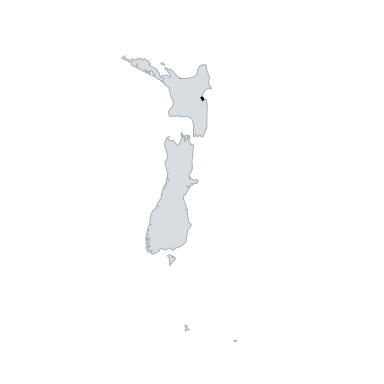 Napier City, Hawke's Bay, New Zealand (highlighted), rotated 330°
{"feature_id": "76426892B22916001519888", "entity_name": "Napier City", "entity_type": "district", "adm_level": 2, "iso_a3": "NZL", "parent_name": "New Zealand", "parent_adm1": "Hawke's Bay", "projection": "mercator", "projection_center": [176.876, -39.479], "detail": "fine", "context": "in_parent", "style": "filled", "palette": "ink", "viewbox_px": 384, "rotation_deg": 330, "n_neighbors": 0, "source": "geoboundaries", "source_scale": "gbopen_adm2", "svg_char_len": 4437}
<svg xmlns="http://www.w3.org/2000/svg" viewBox="0 0 384 384"><g transform="rotate(330 192 192)"><path d="M202.8,144.5L204.2,144.6L210.2,139.9L212.8,138.9L213.4,138.8L212.1,140.2L212.4,141.2L211.0,144.4L212.2,143.9L212.9,141.7L213.7,141.2L213.4,140.0L217.0,140.4L215.8,142.6L213.8,143.9L215.0,144.0L217.8,141.7L217.8,143.1L214.2,146.9L215.3,149.0L214.4,150.8L215.4,150.6L216.8,151.9L216.0,153.7L212.0,158.2L211.5,160.4L207.9,164.4L204.1,171.9L196.9,176.8L198.2,178.1L195.8,179.9L197.8,179.6L199.1,182.5L202.3,183.4L202.5,186.2L200.5,187.0L198.4,185.7L195.5,186.2L196.4,185.0L195.2,184.3L193.0,186.6L189.9,183.8L191.6,187.1L185.4,190.7L182.8,191.1L181.9,193.0L180.4,193.2L181.2,193.8L179.2,204.1L177.5,204.1L179.1,205.2L178.8,206.2L176.8,209.2L173.9,217.2L175.0,219.1L174.8,220.4L169.5,222.5L161.8,232.2L154.7,233.6L150.8,232.5L146.2,233.1L145.4,230.4L143.9,228.9L139.7,229.0L137.8,226.0L136.1,225.2L134.0,226.8L127.6,226.5L126.4,226.1L126.2,225.0L128.6,221.9L126.4,223.6L125.4,223.4L126.4,222.0L126.3,220.7L123.6,222.0L123.8,219.4L129.7,217.7L127.4,217.5L127.2,216.6L129.5,214.6L126.4,214.8L127.0,212.5L128.7,212.5L128.1,210.9L131.5,212.6L131.0,211.0L132.4,210.5L130.0,209.3L129.9,207.7L131.2,206.4L132.7,207.0L131.7,205.5L134.5,202.7L135.2,204.9L135.4,201.7L139.0,198.7L140.5,199.9L139.9,197.2L146.0,190.2L149.4,188.3L151.2,188.7L154.4,186.5L155.7,187.4L155.2,185.8L155.6,185.1L163.5,181.1L163.6,179.8L164.4,179.6L163.8,179.3L168.4,175.0L170.3,175.3L169.1,174.1L171.0,172.9L172.8,173.8L171.8,172.4L173.5,171.7L174.3,172.8L174.4,171.1L177.1,167.7L177.6,170.4L177.9,170.0L177.8,167.3L179.8,164.2L181.2,163.5L180.5,162.6L183.3,152.8L186.2,151.6L188.8,148.7L190.6,143.3L191.1,139.3L192.7,136.3L197.1,132.5L200.7,132.5L198.2,132.9L197.9,134.8L198.6,136.5L201.3,137.7L202.8,144.5ZM201.0,42.1L204.8,48.6L206.8,46.6L207.1,48.1L210.8,49.9L211.5,49.3L214.6,51.0L215.1,53.3L217.2,52.5L219.9,57.4L219.5,58.7L220.3,60.4L218.1,60.6L223.0,68.2L222.4,70.9L223.2,72.7L222.0,76.1L224.1,77.1L224.8,76.3L228.9,78.4L230.0,81.6L231.8,81.5L231.2,73.8L230.0,71.9L230.9,70.7L233.5,74.7L234.6,74.5L235.8,77.8L237.2,85.0L238.9,87.3L238.0,86.9L237.8,87.5L238.6,88.2L246.5,91.9L252.6,93.5L256.0,92.0L258.0,89.1L261.4,86.8L264.5,87.0L267.7,88.9L266.0,93.0L264.5,102.0L261.0,104.6L260.2,109.2L260.8,111.0L260.2,112.5L258.7,110.6L255.5,110.0L250.2,112.3L248.7,114.5L248.6,117.4L250.6,119.3L247.4,126.8L245.6,129.0L237.1,143.5L229.1,149.8L228.0,149.2L227.3,146.7L223.9,146.8L224.2,143.9L223.7,143.6L222.4,145.3L221.0,144.7L227.3,134.1L228.4,128.9L227.2,126.2L225.5,123.6L220.2,121.4L217.6,118.8L212.6,116.7L211.1,115.4L210.6,113.8L211.5,111.0L214.2,109.3L218.2,108.3L220.5,105.5L221.9,97.0L223.4,93.9L223.0,92.0L224.5,90.6L222.1,85.2L222.6,83.6L221.9,83.4L220.4,79.9L221.3,79.8L222.2,81.7L223.0,80.1L224.5,79.8L222.7,77.6L220.6,78.3L219.1,77.6L218.0,74.4L215.6,70.9L216.3,70.8L218.2,72.5L218.8,71.2L217.6,69.2L218.1,67.1L216.6,66.0L216.4,67.3L213.8,65.4L212.4,62.2L212.4,63.9L215.4,68.5L214.6,69.4L214.0,68.9L206.4,56.8L208.9,53.6L207.4,54.2L205.9,56.2L205.2,55.4L204.7,53.9L202.8,51.9L203.7,50.7L203.7,49.1L197.9,41.0L201.9,40.6L201.0,42.1ZM141.1,234.7L143.3,238.3L142.1,238.1L142.1,238.8L144.5,239.7L144.5,241.3L135.9,244.6L139.2,238.4L139.0,234.8L141.1,234.7ZM119.8,307.6L120.6,310.1L117.8,308.8L116.3,309.4L118.5,307.0L118.9,304.3L120.9,304.7L119.8,307.6ZM231.5,66.2L231.9,68.5L229.5,66.8L229.4,65.6L230.0,64.7L231.5,66.2ZM212.4,137.9L210.8,138.9L211.1,136.8L213.0,135.6L212.4,137.9ZM126.6,216.7L126.4,218.0L124.0,217.5L125.9,216.0L126.6,216.7ZM155.7,342.0L156.4,343.0L155.1,343.4L153.8,341.9L155.7,342.0ZM129.4,208.6L129.9,210.7L128.3,209.7L129.4,208.6Z" fill="#d9dde1" stroke="#a8b0b8" stroke-width="1"/><path d="M248.4,117.5L248.4,117.4L248.3,117.2L248.3,116.9L248.3,116.7L248.3,116.4L248.4,116.2L248.2,116.2L248.1,116.3L248.1,116.2L248.0,116.3L247.9,116.2L247.8,115.9L247.8,115.7L247.8,115.4L247.8,115.2L247.8,114.9L247.7,114.8L247.5,115.0L247.6,115.3L247.4,115.3L247.5,115.4L247.5,115.5L247.4,115.6L247.3,115.8L247.3,115.7L247.4,115.8L247.2,115.9L247.2,116.0L247.3,116.2L247.3,116.3L247.2,116.3L247.1,116.5L247.2,116.8L247.3,116.9L247.2,116.9L247.2,117.0L247.3,117.0L247.2,117.2L247.1,117.3L247.1,117.5L247.2,117.4L247.3,117.4L247.5,117.3L247.7,117.5L247.8,117.6L248.0,117.7L248.3,117.5L248.4,117.5ZM247.8,116.2L247.9,116.3L248.0,116.3L247.9,116.4L247.8,116.2L247.8,116.3L247.8,116.2L247.8,116.2Z" fill="#0f172a" stroke="#020617" stroke-width="1.5"/></g></svg>